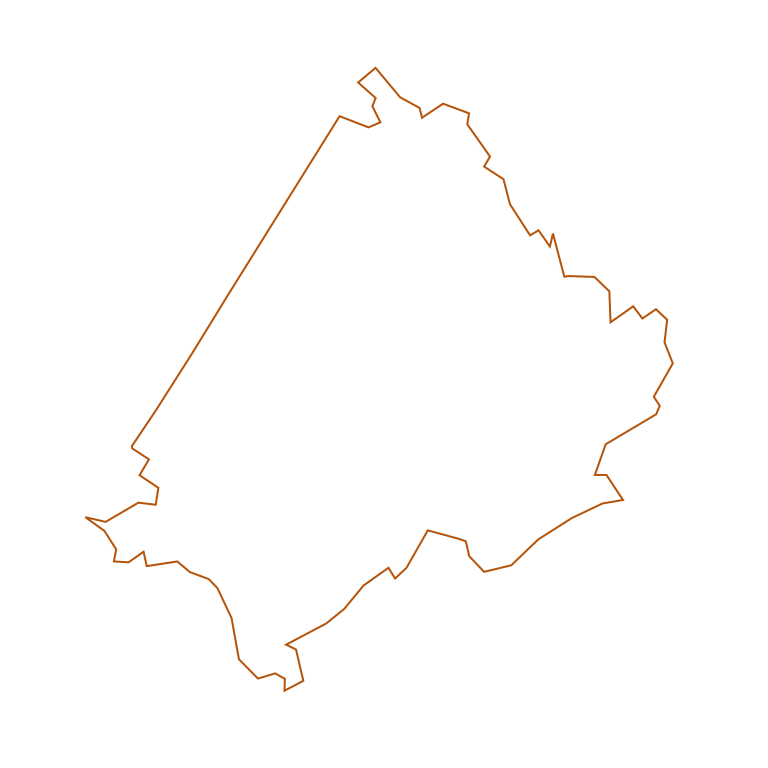 the district of Bedford, Virginia, United States of America, rotated 185°
{"feature_id": "52423323B54527042369331", "entity_name": "Bedford", "entity_type": "district", "adm_level": 2, "iso_a3": "USA", "parent_name": "United States of America", "parent_adm1": "Virginia", "projection": "robinson", "projection_center": [-79.533, 37.312], "detail": "fine", "context": "isolated", "style": "outline", "palette": "amber", "viewbox_px": 768, "rotation_deg": 185, "n_neighbors": 0, "source": "geoboundaries", "source_scale": "gbopen_adm2", "svg_char_len": 1191}
<svg xmlns="http://www.w3.org/2000/svg" viewBox="0 0 768 768"><g transform="rotate(185 384 384)"><path d="M322.8,661.0L349.6,668.4L369.3,652.6L372.6,662.1L392.9,671.0L420.0,698.2L436.0,682.1L417.2,668.1L419.8,659.7L410.4,644.4L421.8,638.3L451.6,646.9L547.1,459.2L577.3,398.8L608.6,338.5L629.7,300.2L629.2,297.9L611.6,288.4L619.6,271.8L599.7,260.9L600.9,243.8L618.3,244.4L649.3,222.4L669.9,225.3L649.7,213.3L636.4,195.9L637.6,183.7L622.9,184.1L608.9,196.0L604.5,181.9L574.4,189.2L561.0,179.7L541.7,174.4L532.2,166.2L515.5,137.6L504.5,97.1L483.9,79.6L467.2,86.2L457.1,81.7L456.4,69.8L438.5,81.3L448.5,111.8L458.8,115.8L420.7,140.4L404.0,156.5L386.8,181.5L363.5,201.3L356.0,191.2L345.6,202.8L327.6,242.0L295.7,236.2L288.8,234.4L284.1,219.9L267.9,205.6L241.4,214.5L216.7,242.7L185.1,266.9L156.0,284.0L135.8,289.3L154.5,312.8L166.0,311.8L157.9,343.3L110.2,377.6L107.4,386.3L114.1,394.8L98.1,429.7L108.2,450.0L107.5,472.6L119.6,482.2L132.3,471.8L142.5,483.1L163.7,465.2L167.6,496.0L183.7,509.0L209.8,507.6L213.7,506.6L228.8,548.6L230.7,535.4L243.5,550.6L251.4,544.8L274.2,574.1L282.8,598.4L303.2,609.3L298.2,619.8L323.7,650.0L322.8,661.0Z" fill="none" stroke="#b45309" stroke-width="2"/></g></svg>